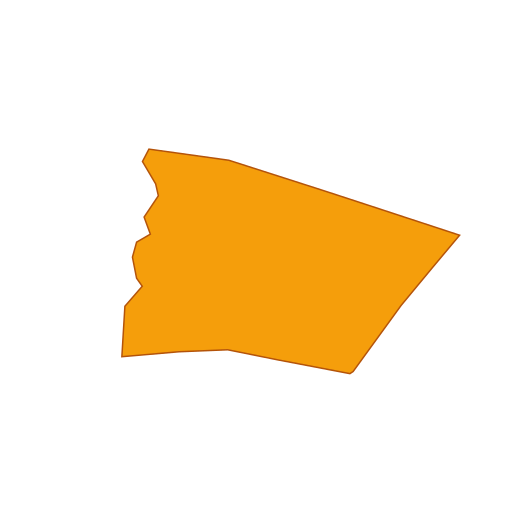 the district of Clay, West Virginia, United States of America, rotated 229°
{"feature_id": "52423323B8286082646213", "entity_name": "Clay", "entity_type": "district", "adm_level": 2, "iso_a3": "USA", "parent_name": "United States of America", "parent_adm1": "West Virginia", "projection": "albers", "projection_center": [-81.025, 38.466], "detail": "fine", "context": "isolated", "style": "filled", "palette": "amber", "viewbox_px": 512, "rotation_deg": 229, "n_neighbors": 0, "source": "geoboundaries", "source_scale": "gbopen_adm2", "svg_char_len": 458}
<svg xmlns="http://www.w3.org/2000/svg" viewBox="0 0 512 512"><g transform="rotate(229 256 256)"><path d="M365.5,221.8L358.8,197.1L341.8,190.6L344.8,175.0L336.2,162.0L317.6,151.3L307.8,150.3L304.1,124.1L268.0,88.7L234.3,135.0L203.8,173.1L162.8,204.7L105.6,249.7L105.1,253.5L123.5,333.1L131.5,381.6L138.1,423.3L224.4,371.8L261.3,349.7L346.1,298.3L406.9,245.3L401.8,232.3L376.3,227.6L365.5,221.8Z" fill="#f59e0b" stroke="#b45309" stroke-width="1.5"/></g></svg>